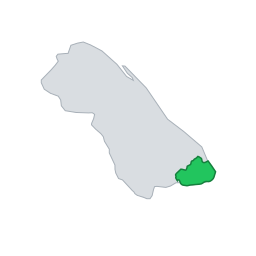 Ahuachapán highlighted on a map of El Salvador, rotated 210°
{"feature_id": "SLV-1343", "entity_name": "Ahuachapán", "entity_type": "Department", "adm_level": 1, "iso_a3": "SLV", "parent_name": "El Salvador", "parent_adm1": "", "projection": "albers", "projection_center": [-89.848, 13.863], "detail": "fine", "context": "in_parent", "style": "filled", "palette": "green", "viewbox_px": 256, "rotation_deg": 210, "n_neighbors": 0, "source": "natural_earth", "source_scale": "10m", "svg_char_len": 2064}
<svg xmlns="http://www.w3.org/2000/svg" viewBox="0 0 256 256"><g transform="rotate(210 128 128)"><path d="M90.9,75.6L93.0,76.0L106.8,80.3L110.9,79.5L116.1,82.9L118.6,85.7L120.8,89.4L131.7,97.0L133.6,100.3L141.7,104.7L145.0,108.1L148.5,109.5L155.3,110.8L161.2,112.5L161.8,113.8L162.4,118.8L163.7,123.1L166.5,123.4L169.8,121.3L180.7,115.5L191.0,111.6L196.8,113.9L200.3,118.6L204.3,120.7L212.4,119.3L219.9,119.7L225.7,123.8L227.1,126.2L223.6,140.1L222.4,146.0L221.8,151.0L223.9,152.3L226.0,154.2L225.6,156.9L219.2,161.4L217.2,162.6L218.8,171.1L214.1,176.3L209.7,180.1L202.1,181.2L189.0,181.7L169.4,177.6L155.0,171.9L147.2,171.9L149.6,173.8L155.8,175.0L163.9,179.0L161.6,180.1L132.2,171.8L98.1,155.4L77.8,152.8L54.6,148.5L40.8,138.0L30.5,133.4L29.6,129.5L29.7,125.1L34.4,119.2L43.1,111.3L48.9,107.2L51.6,106.4L55.4,106.8L59.1,104.5L62.2,99.0L65.5,95.5L73.8,91.9L75.7,90.5L75.1,87.4L73.3,81.5L73.6,77.8L76.3,76.2L79.5,75.8L86.3,74.3L89.2,74.6L90.9,75.6Z" fill="#d9dde1" stroke="#a8b0b8" stroke-width="1"/><path d="M30.3,133.9L29.0,128.4L28.9,127.0L29.1,125.6L29.6,124.3L30.2,123.1L31.2,122.0L33.5,120.8L34.5,120.0L35.3,118.8L35.8,117.6L36.5,116.4L37.7,115.3L45.7,109.7L47.4,108.0L48.3,107.4L51.9,106.0L53.2,105.9L54.7,106.3L56.8,108.0L58.0,108.5L59.2,107.8L59.3,107.4L59.2,107.2L59.9,107.5L61.4,108.5L61.7,108.7L61.8,108.9L61.9,109.1L62.1,109.8L62.2,110.0L62.3,110.2L62.6,110.4L62.9,110.7L63.2,111.0L63.4,111.4L63.5,111.6L63.3,113.1L61.6,118.8L60.1,119.4L58.3,119.9L57.3,120.1L57.1,120.2L56.9,120.5L56.8,121.0L56.8,121.4L57.0,122.9L57.2,123.4L57.3,123.8L57.5,124.2L57.6,124.4L57.5,124.7L55.8,127.3L55.7,127.7L55.6,128.1L56.3,130.3L56.4,130.8L56.3,131.1L56.1,131.5L55.4,132.2L55.2,132.7L55.1,133.1L55.0,133.9L55.0,134.1L53.9,136.0L53.7,136.4L53.3,138.3L52.9,138.4L52.2,138.5L49.7,138.4L49.2,138.3L49.0,138.2L48.4,137.6L47.3,136.3L47.2,136.2L46.8,136.0L46.6,135.9L46.4,135.8L46.1,135.8L45.8,135.8L45.3,135.9L45.0,135.9L44.8,136.1L44.6,136.2L44.4,136.4L43.7,137.1L42.4,139.2L42.2,139.5L36.6,137.0L30.3,133.9Z" fill="#22c55e" stroke="#15803d" stroke-width="1.5"/></g></svg>